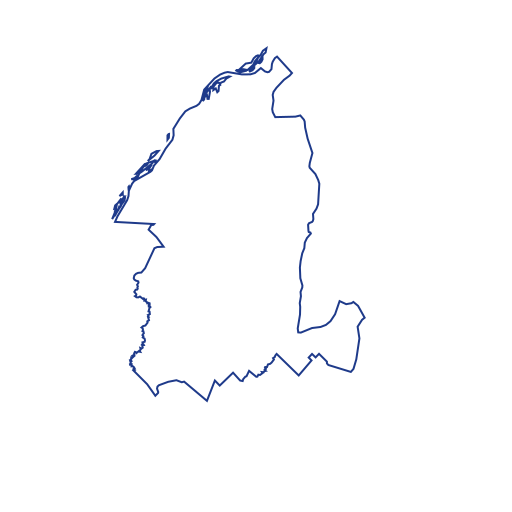 Itatí, Corrientes, Argentina, rotated 307°
{"feature_id": "61730980B76052784863315", "entity_name": "Itatí", "entity_type": "district", "adm_level": 2, "iso_a3": "ARG", "parent_name": "Argentina", "parent_adm1": "Corrientes", "projection": "orthographic", "projection_center": [-58.126, -27.604], "detail": "fine", "context": "isolated", "style": "outline", "palette": "blue", "viewbox_px": 512, "rotation_deg": 307, "n_neighbors": 0, "source": "geoboundaries", "source_scale": "gbopen_adm2", "svg_char_len": 6167}
<svg xmlns="http://www.w3.org/2000/svg" viewBox="0 0 512 512"><g transform="rotate(307 256 256)"><path d="M207.8,176.6L203.7,171.7L201.1,170.2L179.6,174.8L173.8,174.4L171.6,172.0L169.6,170.9L167.2,170.6L164.7,171.7L164.0,172.9L164.0,174.8L164.9,177.2L164.0,178.2L161.4,178.4L160.7,179.9L159.5,180.2L158.7,181.2L157.7,181.3L156.6,180.2L154.1,180.4L153.4,183.5L152.3,184.0L151.1,183.5L151.1,185.4L152.1,186.9L153.8,187.7L153.7,191.5L154.6,191.8L154.7,192.4L153.3,193.5L154.8,194.4L153.4,195.1L153.5,196.7L153.0,197.3L153.6,197.5L154.2,199.5L153.3,200.2L152.6,199.5L151.2,200.7L151.9,201.6L151.7,202.4L150.4,202.2L147.1,203.5L147.5,204.5L145.7,206.2L144.0,205.3L143.9,205.9L142.7,206.1L142.6,207.1L142.0,206.9L140.3,209.2L138.4,208.5L137.5,209.5L133.9,209.5L132.0,208.0L130.0,207.6L130.1,208.9L129.3,209.9L127.7,210.6L128.1,211.4L126.8,212.9L124.9,212.8L124.4,213.0L124.2,214.4L122.8,214.6L123.0,216.7L121.8,218.1L120.5,218.7L118.7,217.3L117.8,218.3L117.0,218.3L117.7,219.3L117.4,220.0L116.2,218.8L114.6,220.7L113.2,220.3L112.9,219.0L112.0,220.1L110.2,220.2L109.8,221.2L109.4,220.4L109.7,219.7L106.6,218.9L107.0,218.3L106.6,217.0L104.8,217.3L104.0,218.2L102.4,217.5L102.7,218.9L101.2,218.6L100.1,217.3L99.6,217.6L99.8,218.4L97.7,218.2L97.1,219.9L96.6,219.8L96.4,218.8L94.9,220.7L93.8,220.4L93.4,220.9L94.6,221.9L93.0,223.0L93.8,223.8L93.7,225.6L93.0,227.0L92.2,226.1L91.3,226.5L91.3,227.6L90.8,227.2L88.1,246.3L83.8,259.7L87.7,260.2L88.5,259.8L90.5,256.8L92.4,255.9L94.3,256.2L102.7,261.6L108.9,267.2L110.5,272.7L112.4,274.2L110.8,304.0L131.8,298.1L130.7,305.0L149.0,307.9L147.0,318.3L148.1,320.6L149.9,319.9L153.2,320.1L154.2,320.8L160.1,319.6L159.7,328.9L160.5,329.7L162.6,329.3L163.4,330.8L166.5,331.7L166.9,330.6L167.8,332.1L169.0,331.9L170.0,332.8L170.0,332.1L171.0,332.0L170.9,331.3L171.9,331.5L172.3,330.6L172.8,331.0L173.1,330.5L174.0,331.6L176.6,330.8L178.4,332.2L180.3,332.6L184.1,332.6L184.7,331.1L186.7,331.8L188.1,331.3L190.2,331.4L186.3,362.0L206.0,363.2L206.6,359.2L211.5,359.7L210.9,364.6L215.8,365.2L214.3,376.2L212.9,377.3L212.5,379.4L220.5,401.5L224.5,401.8L233.8,398.3L252.4,388.2L260.7,379.7L268.9,379.1L272.1,379.9L277.6,367.5L277.9,361.4L275.8,360.7L271.8,357.0L270.3,349.9L257.1,354.2L248.8,354.7L243.0,353.3L238.2,350.3L232.2,344.1L221.8,337.9L220.4,335.7L223.3,332.9L235.7,326.4L242.0,321.9L244.7,319.3L250.9,316.1L254.1,313.2L258.7,311.9L260.4,310.8L264.9,304.8L273.2,298.0L278.8,294.7L286.0,291.3L291.3,289.9L296.1,286.9L301.0,285.9L306.9,286.3L307.5,285.3L306.9,283.7L307.6,282.8L312.3,278.8L314.1,278.6L317.0,280.3L318.2,280.3L320.0,279.6L323.9,276.2L330.2,275.8L334.6,274.5L351.8,263.1L354.1,260.0L357.2,254.1L358.8,245.8L359.8,244.6L362.8,242.9L372.2,239.1L380.8,226.6L388.1,218.0L392.7,213.9L393.7,212.2L394.9,206.8L391.0,203.6L378.5,187.8L380.9,182.9L383.1,180.5L390.6,176.5L394.7,172.4L397.7,171.2L402.7,171.1L413.6,172.3L420.3,174.3L423.8,174.6L427.9,152.8L425.4,152.0L421.3,152.4L418.9,153.2L414.5,155.9L410.9,155.6L409.7,154.6L408.8,152.1L409.0,146.8L401.5,145.0L397.7,142.2L392.5,135.4L385.9,122.7L383.5,120.6L379.4,118.2L372.8,116.0L357.7,114.5L347.7,118.6L343.3,119.0L340.1,118.1L334.0,114.5L329.0,112.5L320.0,112.4L307.8,113.5L302.8,117.6L298.5,119.3L287.4,119.2L275.3,120.7L266.8,120.1L261.8,121.4L259.7,121.0L242.6,113.6L239.3,113.5L231.6,115.2L227.1,118.1L223.0,119.5L204.3,121.5L198.4,122.9L220.2,155.4L219.2,155.3L217.6,153.7L212.4,154.4L211.2,165.2L207.8,176.6ZM368.4,118.5L371.8,119.2L376.8,121.5L383.0,126.1L383.5,127.1L379.8,125.5L376.1,125.4L373.6,123.8L372.0,123.7L372.2,122.6L371.8,121.2L370.3,120.1L364.9,119.7L365.7,118.8L368.4,118.5ZM369.6,124.0L365.2,126.8L363.5,126.5L365.6,123.0L362.8,122.1L366.0,120.1L370.1,120.3L371.6,121.2L371.9,122.5L371.1,124.5L369.6,124.0ZM350.0,119.4L350.6,118.6L352.5,118.1L358.3,118.1L360.4,118.6L360.8,119.1L359.5,120.4L353.0,123.7L352.3,122.7L355.0,120.0L350.7,119.1L350.7,119.9L349.9,120.4L347.7,120.2L350.0,119.4ZM354.0,116.5L353.4,116.9L353.5,116.5L355.1,115.6L358.5,115.0L361.7,115.7L359.7,116.4L354.0,116.5ZM361.5,118.0L363.3,118.2L363.0,118.7L364.0,118.1L364.6,118.6L364.1,119.5L363.1,119.5L361.5,118.0ZM403.5,132.0L395.3,130.5L397.6,133.5L399.4,137.3L407.1,138.7L410.6,137.9L418.1,138.3L417.4,136.8L415.8,135.8L412.5,135.2L407.6,135.9L403.5,132.0ZM424.1,138.0L419.4,138.7L415.4,138.3L412.7,138.9L411.7,140.0L411.4,140.2L409.8,139.5L408.8,140.2L407.3,139.9L413.0,141.1L421.8,140.6L424.3,141.2L428.2,139.3L424.1,138.0ZM250.0,111.2L251.6,113.0L254.4,114.0L267.6,117.4L269.0,117.2L269.5,116.5L264.8,113.3L264.6,113.9L264.2,114.1L263.1,114.0L262.0,113.7L259.8,112.4L257.0,112.6L252.9,112.1L250.0,111.2ZM220.2,113.8L213.5,113.8L210.0,115.6L208.4,118.4L209.6,118.5L214.1,116.6L212.6,118.1L215.0,118.0L216.6,115.7L218.7,115.5L220.4,114.6L220.2,113.8ZM279.9,113.4L274.7,111.0L269.3,112.7L266.7,112.4L275.1,114.5L281.3,115.0L279.9,113.4ZM249.4,110.6L249.5,111.0L253.0,111.5L253.1,112.1L259.8,112.2L262.3,113.7L264.2,114.0L264.6,113.5L262.5,111.8L249.4,110.6ZM398.6,137.1L396.6,133.3L392.8,128.6L392.2,128.6L392.5,130.6L393.5,132.3L392.8,132.5L398.6,137.1ZM224.7,115.4L224.3,114.8L221.4,115.2L218.1,116.5L217.1,117.6L221.1,117.6L223.5,116.4L223.1,115.5L224.7,115.4ZM407.2,138.9L399.8,137.9L408.6,140.1L409.5,139.6L410.2,139.4L411.4,140.1L412.5,138.9L411.1,138.1L407.2,138.9ZM209.5,115.4L206.2,116.7L204.7,118.9L207.6,118.5L209.5,115.4ZM247.8,112.6L245.3,112.2L242.3,110.2L243.6,112.2L245.4,112.8L243.9,113.1L248.5,113.9L249.7,113.6L247.8,112.6ZM297.9,115.3L301.1,113.1L300.7,112.8L299.1,112.7L295.6,115.3L297.9,115.3ZM404.3,140.2L399.0,139.7L402.2,141.4L404.9,141.6L405.6,141.1L404.3,140.2ZM412.5,142.2L411.5,141.4L412.2,143.0L414.3,143.4L417.0,142.9L418.0,142.1L412.5,142.2ZM263.1,116.8L258.3,116.4L261.2,118.1L264.3,117.9L263.1,116.8ZM210.6,114.3L212.3,113.6L212.6,113.3L211.6,113.1L208.5,114.4L210.0,115.4L212.2,114.1L210.6,114.3ZM226.6,111.3L221.7,110.9L223.9,111.8L224.7,112.8L226.6,111.3ZM270.2,118.6L271.9,118.4L271.5,117.5L269.8,116.8L270.2,118.6ZM198.9,118.9L202.6,118.6L203.4,117.7L198.9,118.9ZM261.9,120.4L259.4,119.4L258.7,119.8L260.8,120.8L261.9,120.4ZM235.3,112.6L234.3,112.6L233.5,113.3L234.9,113.3L235.3,112.6Z" fill="none" stroke="#1e3a8a" stroke-width="2"/></g></svg>